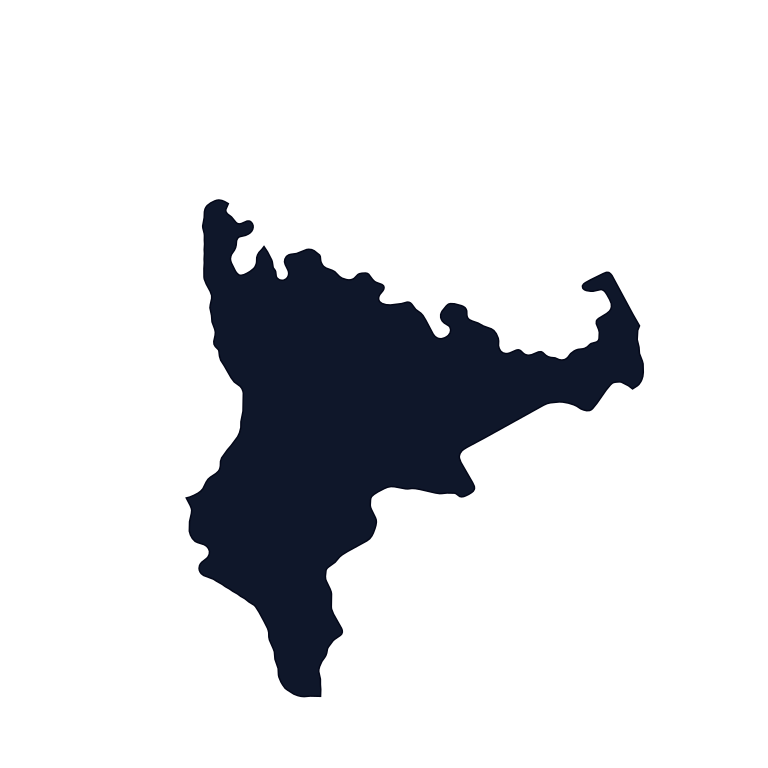 the district of Tamayo, Bahoruco, Dominican Republic, rotated 241°
{"feature_id": "3306468B80057745223349", "entity_name": "Tamayo", "entity_type": "district", "adm_level": 2, "iso_a3": "DOM", "parent_name": "Dominican Republic", "parent_adm1": "Bahoruco", "projection": "natural_earth1", "projection_center": [-71.147, 18.477], "detail": "fine", "context": "isolated", "style": "filled", "palette": "ink", "viewbox_px": 768, "rotation_deg": 241, "n_neighbors": 0, "source": "geoboundaries", "source_scale": "gbopen_adm2", "svg_char_len": 6171}
<svg xmlns="http://www.w3.org/2000/svg" viewBox="0 0 768 768"><g transform="rotate(241 384 384)"><path d="M380.2,155.8L371.6,155.6L368.7,155.2L366.8,154.6L364.2,152.8L357.9,147.2L349.7,142.4L345.8,141.5L341.8,141.5L337.9,142.5L335.6,144.2L330.7,148.8L328.1,150.2L325.2,150.7L322.4,150.3L319.9,148.7L318.2,146.4L317.5,144.5L316.5,138.3L315.8,136.4L314.7,134.7L312.5,132.9L310.7,132.2L308.7,132.0L306.8,132.2L304.0,133.4L296.0,140.2L292.6,142.0L287.8,145.0L283.5,147.1L279.6,149.5L276.1,151.2L271.4,154.1L267.8,155.7L263.9,158.1L258.6,160.3L253.5,163.2L251.5,163.7L245.0,164.1L234.7,164.0L226.8,163.7L224.7,163.3L222.6,162.7L218.5,160.6L215.7,159.7L206.1,158.8L203.0,158.3L196.1,155.2L186.5,153.5L180.6,150.6L178.6,150.0L173.3,149.4L170.0,149.5L165.8,150.0L163.1,151.2L156.5,154.8L153.3,157.5L151.1,159.9L149.3,162.6L146.7,168.4L141.6,177.1L147.5,180.6L151.8,182.6L156.7,185.3L164.1,187.5L165.9,188.6L168.2,190.8L171.5,195.2L173.7,199.8L174.7,201.5L176.5,203.5L179.9,206.3L180.9,207.8L184.1,214.8L184.6,216.9L185.3,224.1L185.9,225.9L187.2,227.3L188.9,228.1L190.9,228.4L207.3,228.3L212.6,229.0L214.5,229.8L225.8,236.3L227.7,237.0L230.8,237.5L239.4,238.0L241.5,238.3L244.2,239.5L249.2,243.0L250.3,244.6L250.8,246.5L251.8,254.8L254.3,261.4L254.9,264.8L255.2,270.8L255.1,292.9L255.6,296.5L257.0,299.7L258.9,302.5L261.9,306.0L264.3,308.4L266.9,310.4L268.9,311.3L271.0,311.7L280.6,312.2L282.7,312.5L284.6,313.2L289.1,316.0L290.5,317.1L291.6,318.7L292.3,321.8L292.6,326.4L292.4,333.6L292.0,337.1L290.9,340.4L289.1,343.3L281.9,352.0L280.7,353.9L279.1,357.8L277.3,360.7L274.4,364.3L263.8,376.1L261.1,379.6L260.1,381.6L258.1,386.3L254.4,392.7L253.2,393.8L248.9,395.7L247.7,397.1L246.9,399.1L246.6,401.2L246.4,404.6L246.6,408.0L247.0,410.1L248.1,411.9L248.9,412.6L250.7,413.4L254.8,413.7L278.3,413.3L282.6,414.0L284.4,414.9L286.4,416.9L287.8,419.8L288.2,422.2L288.4,425.9L288.1,446.2L288.1,513.4L287.8,517.1L286.9,520.4L283.3,528.7L281.5,531.6L277.9,536.0L273.8,539.9L271.2,541.8L266.8,544.1L264.5,546.0L262.4,548.3L261.1,551.0L261.0,553.0L261.4,554.7L263.9,560.9L271.0,575.4L273.5,581.7L274.1,584.4L273.8,586.1L273.2,587.8L271.7,591.0L270.6,592.5L263.9,597.0L259.2,599.0L259.6,604.8L260.1,606.9L261.6,609.9L262.9,611.7L265.2,614.1L268.6,616.5L276.1,620.4L278.9,621.1L286.8,622.2L292.6,624.9L300.1,627.0L307.9,631.9L311.0,635.7L324.0,635.5L368.3,636.0L370.5,635.6L372.4,634.8L373.1,634.0L373.9,632.5L374.3,629.2L375.0,615.3L375.0,609.2L374.7,607.1L373.7,605.2L372.8,604.7L371.1,604.3L369.2,605.0L367.6,606.3L364.8,609.9L363.7,612.0L361.5,619.4L360.9,620.3L359.3,621.4L357.4,622.0L354.2,622.3L348.6,622.3L344.2,621.8L341.2,620.3L339.5,618.6L338.4,616.5L337.7,612.9L337.3,603.3L336.7,601.2L336.1,600.3L333.8,598.9L327.4,598.1L324.7,597.3L319.5,594.1L318.3,592.8L317.9,591.9L317.7,590.2L319.0,584.7L318.8,583.1L317.9,579.8L317.9,576.8L318.4,574.9L320.2,570.5L320.6,568.4L320.7,566.2L320.1,562.0L318.2,557.7L317.8,555.8L317.8,553.7L318.8,551.0L320.5,548.9L323.9,546.3L326.4,542.7L328.3,540.8L330.7,539.4L334.7,538.1L336.1,537.1L337.2,534.6L338.0,527.4L339.0,524.5L340.1,523.0L341.5,521.7L343.0,520.9L347.1,519.6L348.4,518.6L348.9,517.9L349.5,516.2L350.2,509.0L350.7,507.0L351.6,505.2L353.6,503.1L356.3,502.0L359.2,502.0L362.0,502.7L366.0,505.1L368.6,506.1L373.6,506.6L377.5,506.0L380.2,504.6L386.6,499.0L391.6,495.9L396.3,491.7L398.8,489.9L400.6,489.3L402.5,489.4L404.1,489.9L407.8,491.8L409.6,492.1L411.5,491.9L413.3,491.0L414.9,489.8L420.0,484.5L422.1,481.1L422.6,479.2L422.5,478.2L422.1,476.4L419.6,470.2L418.5,468.6L417.2,467.2L414.6,465.8L412.7,465.5L410.7,465.5L408.0,466.3L403.4,468.9L401.6,469.2L398.9,468.5L396.7,466.6L395.3,463.8L395.0,461.7L395.0,459.5L395.7,456.3L396.8,454.5L398.1,453.1L400.7,451.7L403.7,451.2L419.7,451.5L425.0,451.3L428.0,450.6L433.8,447.9L440.3,447.0L442.0,446.5L443.4,445.5L444.4,444.0L445.8,438.3L450.0,427.9L452.4,424.2L455.4,421.3L458.2,420.1L460.1,420.2L461.9,421.0L463.2,422.2L464.3,423.8L466.0,428.1L466.9,429.6L468.1,430.7L469.6,431.2L470.5,431.1L472.1,430.4L476.5,426.6L478.2,425.5L481.0,424.7L487.5,423.8L489.0,422.9L490.1,421.5L491.6,418.4L492.4,415.9L492.4,414.2L490.9,409.2L490.9,407.2L491.4,405.1L492.4,403.2L493.8,401.5L496.9,398.6L499.6,397.2L506.1,395.4L508.7,393.7L513.4,389.6L516.1,388.2L518.1,387.9L520.9,388.0L522.7,388.5L526.4,390.1L528.0,390.2L534.3,387.6L536.6,385.9L538.3,383.5L539.1,381.6L540.5,370.8L542.6,365.4L543.1,363.5L543.0,361.4L542.8,360.4L541.3,357.9L539.1,356.2L536.3,355.5L530.4,355.2L528.5,354.9L526.7,354.1L525.3,353.0L524.1,351.4L523.4,349.4L523.4,347.2L523.6,346.1L524.6,344.4L525.9,343.0L528.4,341.9L530.3,341.9L534.7,343.7L536.1,343.9L539.5,343.5L544.9,345.5L546.8,345.9L556.0,346.2L562.4,345.7L561.0,342.5L559.7,338.5L558.2,336.0L556.3,334.0L552.3,331.6L550.9,330.4L549.1,328.1L548.2,326.1L547.4,321.5L547.3,318.0L547.5,314.6L548.4,311.5L549.8,309.9L552.7,309.0L554.8,308.8L563.7,309.2L565.9,309.6L568.0,310.4L570.2,312.2L571.4,313.7L573.6,318.1L575.2,320.3L577.2,322.1L580.9,324.6L582.4,326.6L582.8,328.3L582.8,329.1L581.1,335.0L580.9,338.2L581.1,340.3L581.8,342.4L582.9,344.1L584.3,345.4L586.0,346.3L587.9,346.6L589.7,346.4L591.3,345.7L592.0,345.0L592.9,343.2L593.5,337.1L594.1,335.2L595.3,333.7L597.0,332.9L604.0,331.6L608.8,329.5L611.2,329.3L612.8,329.9L613.4,330.4L617.2,335.3L620.9,333.0L623.1,331.2L625.0,328.8L625.8,326.8L626.2,324.7L626.4,320.2L625.8,315.9L624.9,313.9L623.8,312.3L621.7,310.4L616.7,307.4L610.1,302.0L608.3,301.2L602.7,299.7L600.9,298.9L596.9,296.6L593.4,294.9L588.7,291.9L585.2,290.2L580.4,287.2L577.0,285.5L572.3,282.5L564.8,278.4L563.0,277.7L557.7,277.0L549.2,276.9L545.0,276.2L542.3,274.7L537.5,270.5L535.0,268.7L527.6,266.4L521.7,263.7L513.9,262.5L511.1,261.6L508.5,259.9L503.8,255.8L501.2,254.6L498.6,254.6L494.2,255.8L492.7,255.5L488.1,253.6L483.9,252.7L477.5,253.1L463.6,253.3L458.4,254.0L451.7,257.1L448.9,257.5L446.0,257.1L444.2,256.5L428.6,247.5L420.4,240.6L415.3,237.7L411.4,234.0L408.8,230.4L404.2,220.2L402.4,215.3L398.1,206.2L395.6,203.5L391.6,201.1L390.2,199.9L388.9,198.5L388.0,196.8L387.2,193.6L386.7,187.1L386.0,183.9L384.5,181.0L380.2,174.8L379.1,171.6L378.7,168.3L378.8,163.8L379.3,159.2L380.2,155.8Z" fill="#0f172a" stroke="#020617" stroke-width="1.5"/></g></svg>